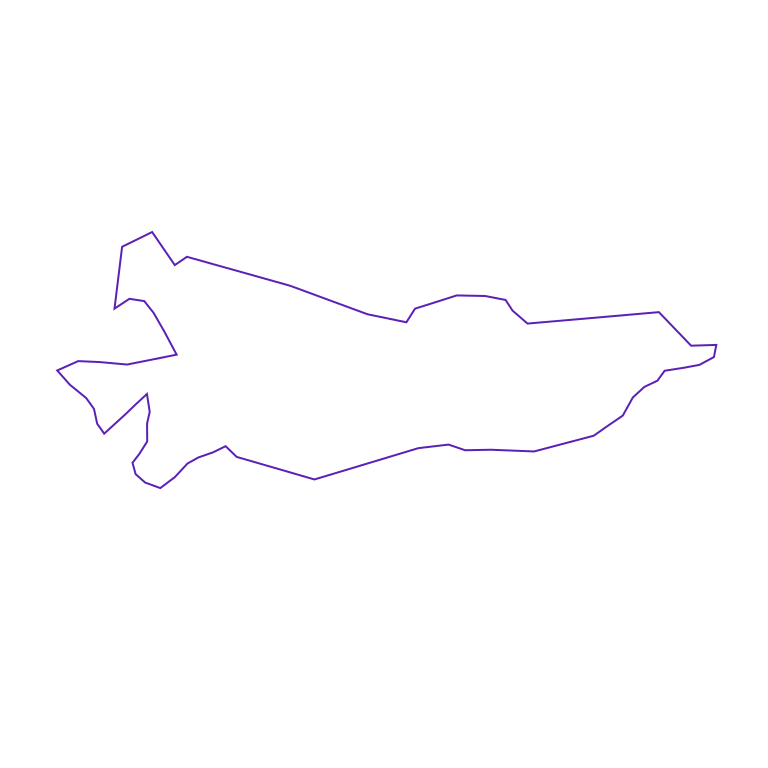 São José do Sul, Rio Grande do Sul, Brazil, rotated 276°
{"feature_id": "56859067B49166380308461", "entity_name": "São José do Sul", "entity_type": "district", "adm_level": 2, "iso_a3": "BRA", "parent_name": "Brazil", "parent_adm1": "Rio Grande do Sul", "projection": "equal_earth", "projection_center": [-51.488, -29.554], "detail": "fine", "context": "isolated", "style": "outline", "palette": "violet", "viewbox_px": 768, "rotation_deg": 276, "n_neighbors": 0, "source": "geoboundaries", "source_scale": "gbopen_adm2", "svg_char_len": 952}
<svg xmlns="http://www.w3.org/2000/svg" viewBox="0 0 768 768"><g transform="rotate(276 384 384)"><path d="M510.9,137.5L493.1,109.2L430.8,108.1L442.1,121.9L441.4,136.9L430.8,147.3L413.7,159.7L391.5,174.7L376.5,126.5L376.1,99.1L374.8,77.5L363.3,57.6L350.4,71.7L338.9,89.3L328.9,98.2L314.5,102.9L305.4,110.9L327.2,130.3L337.8,139.2L349.3,149.3L331.8,153.9L319.9,152.5L302.1,154.5L288.7,147.9L279.4,142.1L268.4,146.4L261.0,156.8L257.1,172.4L269.5,185.7L284.4,196.9L291.5,207.0L298.2,221.2L305.6,233.0L296.1,245.1L281.8,324.8L323.8,424.9L330.5,454.6L326.6,471.6L329.8,497.3L332.6,540.3L354.5,598.0L363.8,608.6L377.6,624.8L396.6,632.9L408.3,643.2L415.9,655.6L426.5,661.7L431.5,680.5L436.0,695.7L445.3,709.3L457.6,710.4L454.2,685.4L484.2,649.9L459.1,520.4L470.4,504.2L480.3,496.1L482.1,475.4L479.7,447.1L469.3,423.4L462.2,407.0L447.7,399.8L451.6,360.5L471.9,280.3L489.9,174.7L480.4,163.5L510.9,137.5Z" fill="none" stroke="#5b21b6" stroke-width="2"/></g></svg>